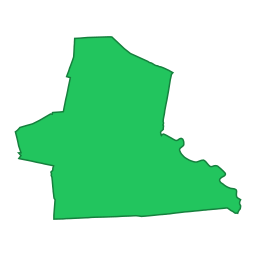 outline of Thanh Hoa, Long An, Vietnam
{"feature_id": "81297802B63095135263844", "entity_name": "Thanh Hoa", "entity_type": "district", "adm_level": 2, "iso_a3": "VNM", "parent_name": "Vietnam", "parent_adm1": "Long An", "projection": "orthographic", "projection_center": [106.215, 10.693], "detail": "fine", "context": "isolated", "style": "filled", "palette": "green", "viewbox_px": 256, "rotation_deg": 0, "n_neighbors": 0, "source": "geoboundaries", "source_scale": "gbopen_adm2", "svg_char_len": 4952}
<svg xmlns="http://www.w3.org/2000/svg" viewBox="0 0 256 256"><path d="M130.4,53.5L124.2,48.6L111.9,37.0L110.8,36.9L107.7,36.9L87.7,37.5L79.3,38.2L75.0,38.4L74.7,38.4L74.6,40.5L74.5,42.1L74.5,43.5L74.2,46.9L74.2,47.7L74.0,51.8L73.9,53.6L73.7,56.4L73.6,57.2L73.0,58.9L73.0,59.0L72.2,61.3L71.9,62.1L70.4,66.2L69.7,67.9L68.7,71.1L67.8,73.4L67.2,75.0L66.6,76.6L69.1,77.3L70.3,77.6L70.1,78.8L69.3,82.7L68.4,86.9L67.6,91.1L67.2,93.0L66.7,95.4L65.7,99.6L64.9,103.8L64.4,106.1L63.5,110.9L63.4,111.6L63.2,111.7L60.0,112.0L53.0,112.5L52.5,112.6L52.2,114.2L51.9,114.1L50.5,114.0L39.5,120.4L32.7,123.8L30.7,124.4L25.9,125.7L25.0,126.0L23.9,126.3L19.9,127.5L19.1,128.5L17.4,130.3L16.2,131.3L15.4,131.8L16.9,137.7L17.7,141.0L18.7,145.9L21.0,152.7L18.6,152.9L21.0,155.6L18.8,158.5L19.0,158.6L23.0,159.4L29.2,160.6L31.7,161.1L36.3,162.2L42.0,163.3L44.3,163.9L50.8,165.2L53.6,165.8L53.3,166.9L53.0,167.6L52.9,168.1L52.8,169.2L52.8,169.8L52.6,170.3L52.4,170.6L52.0,171.1L51.4,171.5L51.2,171.7L51.1,171.9L51.0,172.0L51.0,172.3L51.0,172.5L51.2,173.0L51.4,173.5L51.5,173.6L51.5,173.8L51.5,174.0L51.4,174.2L51.3,174.7L51.3,174.9L51.2,175.4L51.3,175.7L51.5,176.1L51.6,176.4L51.7,176.7L51.9,177.0L52.0,177.6L52.0,177.9L52.1,178.8L52.4,181.7L52.5,183.2L52.6,184.1L52.8,186.8L52.9,187.4L53.2,190.4L53.2,191.2L53.6,194.2L53.9,197.0L54.1,198.2L54.5,198.9L55.1,199.5L54.4,208.5L54.1,212.4L53.9,215.3L53.9,219.1L62.8,218.9L63.0,218.9L66.2,218.6L70.3,218.5L76.0,218.2L78.4,218.1L86.5,217.7L87.6,217.7L89.2,217.6L90.9,217.4L95.7,217.2L100.8,217.1L105.3,217.0L110.4,216.8L116.8,216.6L121.4,216.3L125.7,216.1L126.3,216.1L129.7,216.0L133.2,215.8L135.7,215.7L136.2,215.7L138.9,216.0L140.9,216.3L141.3,216.4L145.2,216.1L149.6,215.7L153.6,215.3L155.5,215.1L159.3,214.7L161.7,214.5L162.1,214.5L164.1,214.3L166.7,214.1L167.1,214.0L169.7,213.8L173.8,213.2L177.3,212.8L180.9,212.4L182.4,212.2L184.7,211.9L187.8,211.7L190.1,211.5L191.2,211.4L192.9,211.2L194.6,211.0L198.3,210.7L201.2,210.4L202.8,210.2L203.4,210.1L205.8,210.0L207.7,209.7L209.4,209.6L212.6,209.3L215.1,209.1L216.5,209.0L218.1,208.8L222.6,208.4L226.1,208.0L227.3,208.0L227.9,208.3L229.0,209.1L230.4,210.1L231.1,210.6L232.1,211.1L232.9,211.5L233.5,211.9L234.2,212.5L234.9,213.0L235.2,213.1L235.8,213.2L236.6,213.1L237.1,213.1L237.7,213.3L237.9,212.8L238.1,212.0L238.7,210.9L239.0,210.3L239.5,209.7L240.0,209.2L240.1,208.9L240.3,208.6L240.3,208.2L240.5,207.3L240.6,206.6L240.6,206.3L240.6,205.9L240.6,205.7L240.4,205.4L240.2,204.9L239.9,204.6L239.7,204.2L239.6,203.8L239.6,203.1L239.6,202.8L239.6,202.6L239.6,202.2L239.8,201.4L240.1,200.7L240.6,199.7L239.6,199.1L238.1,198.2L237.1,197.5L236.8,196.9L236.5,196.0L236.4,195.0L236.4,194.1L236.5,192.6L236.6,191.6L236.5,190.7L236.3,190.2L236.1,189.8L235.5,189.4L234.4,188.9L233.4,188.7L231.8,188.5L230.5,188.3L228.9,187.7L227.7,187.2L226.6,186.6L225.7,186.1L224.4,185.2L223.2,184.2L222.2,183.5L221.3,183.0L220.6,182.3L220.0,181.5L219.6,180.5L219.6,180.0L219.7,179.4L220.2,178.7L221.3,177.6L222.8,176.7L223.3,176.5L224.3,175.9L224.8,175.4L225.2,174.9L225.3,174.6L225.4,174.3L225.4,174.1L225.3,173.5L224.9,172.8L224.0,171.9L223.5,171.3L222.2,170.1L220.5,168.5L219.0,167.3L217.6,166.1L217.2,166.0L216.6,165.8L215.9,165.7L215.2,165.7L214.1,165.8L213.3,166.1L212.5,166.4L211.7,166.6L211.0,166.6L210.4,166.5L209.8,166.2L208.7,165.2L207.4,163.7L206.0,162.0L205.2,161.2L204.4,160.6L203.7,160.2L203.4,160.1L202.9,160.2L202.5,160.2L201.3,160.4L199.9,160.9L198.0,161.6L197.4,161.8L196.7,162.0L196.4,162.0L194.9,162.0L193.3,161.6L191.2,160.9L189.6,160.3L188.5,159.7L186.9,158.8L185.1,157.7L184.5,157.2L183.9,156.7L182.5,155.2L181.5,154.1L180.7,152.9L180.2,151.8L179.7,150.7L179.6,150.1L179.6,149.3L179.8,148.8L180.2,148.2L181.2,147.4L182.7,146.2L183.2,145.7L183.5,145.3L183.7,145.0L183.8,144.4L183.8,143.5L183.8,142.7L183.6,141.3L183.1,139.9L182.7,139.2L182.1,138.8L181.6,138.5L181.2,138.4L180.5,138.5L179.9,138.7L179.0,139.2L178.1,139.9L177.3,140.3L176.7,140.5L175.7,140.4L175.3,140.3L174.3,139.8L172.7,138.9L170.7,137.7L170.1,137.4L169.0,136.8L166.7,135.5L164.9,134.6L163.7,134.1L163.2,134.1L162.8,134.3L162.1,134.7L161.4,135.5L161.0,134.7L160.9,133.9L160.7,132.9L160.6,132.2L160.7,131.8L161.0,131.3L161.8,130.7L162.4,130.2L163.1,129.5L163.3,129.2L163.3,128.8L163.2,128.4L163.2,128.1L163.2,127.8L163.3,127.6L163.4,127.0L163.5,126.6L163.5,126.1L163.5,125.8L163.3,125.6L163.1,125.3L163.0,125.1L163.0,124.8L163.3,124.3L163.4,123.9L163.5,123.5L163.5,122.8L163.4,122.3L163.2,121.8L163.1,121.5L163.1,121.3L163.2,120.8L163.3,119.3L163.7,117.1L164.3,114.1L164.6,112.2L164.7,111.0L166.0,104.1L166.2,103.2L166.9,99.8L168.4,91.4L168.7,89.6L170.3,79.6L171.0,76.6L171.4,74.6L172.3,73.3L172.9,72.7L168.7,70.3L166.9,69.5L165.7,68.9L163.7,68.0L161.4,67.1L160.9,66.9L160.6,66.9L160.3,66.8L159.7,66.7L159.3,66.7L158.2,66.1L157.5,65.8L157.1,65.8L156.5,65.7L155.9,65.5L154.8,65.1L153.1,64.0L152.1,63.4L151.3,63.0L150.1,62.7L148.9,62.2L147.8,61.4L130.4,53.5Z" fill="#22c55e" stroke="#15803d" stroke-width="1.5"/></svg>